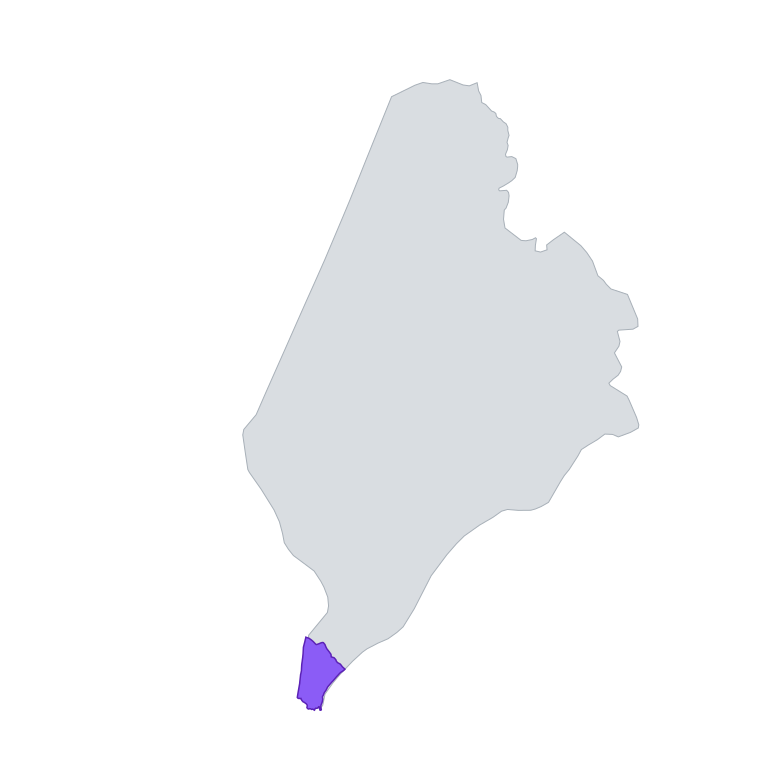 Al-Malikeyyeh, Hasaka (Al Haksa), Syria shown in context, rotated 145°
{"feature_id": "27442178B99216687489351", "entity_name": "Al-Malikeyyeh", "entity_type": "district", "adm_level": 2, "iso_a3": "SYR", "parent_name": "Syria", "parent_adm1": "Hasaka (Al Haksa)", "projection": "mercator", "projection_center": [42.113, 36.959], "detail": "fine", "context": "in_parent", "style": "filled", "palette": "violet", "viewbox_px": 768, "rotation_deg": 145, "n_neighbors": 0, "source": "geoboundaries", "source_scale": "gbopen_adm2", "svg_char_len": 4265}
<svg xmlns="http://www.w3.org/2000/svg" viewBox="0 0 768 768"><g transform="rotate(145 384 384)"><path d="M142.9,285.5L148.6,286.1L160.7,293.4L162.7,293.2L166.3,283.5L169.9,280.2L177.4,277.3L179.5,261.6L183.0,258.6L187.2,256.9L193.6,256.6L199.3,255.7L199.6,252.9L191.8,234.7L192.5,230.1L196.3,211.7L198.7,204.4L200.9,202.1L209.9,203.0L222.4,206.3L225.7,211.6L231.8,216.3L241.0,216.0L251.6,216.8L259.9,217.1L266.5,213.8L281.4,207.7L288.8,205.6L295.5,202.8L317.1,192.7L325.7,193.5L331.7,194.8L336.2,196.4L346.4,203.4L354.8,210.4L360.7,212.4L371.2,212.3L386.5,213.6L405.4,213.5L416.3,211.6L430.4,208.1L455.3,199.9L488.2,182.5L507.6,174.1L515.9,173.1L526.8,173.0L537.6,175.2L549.9,176.8L555.6,176.7L568.9,174.9L586.2,171.4L597.1,168.5L610.2,163.8L618.4,156.0L621.0,155.1L624.4,156.6L626.0,157.1L629.3,161.6L632.8,173.1L632.8,174.4L632.2,177.6L623.6,187.1L612.0,199.9L603.7,207.9L589.6,221.5L579.1,224.4L561.4,229.3L556.7,234.0L552.3,241.7L549.7,252.1L548.9,258.6L548.5,270.8L552.6,283.4L556.6,295.4L557.1,303.4L556.7,311.2L552.9,319.6L548.7,331.1L546.3,344.0L545.0,368.2L545.0,388.7L544.6,392.0L537.4,406.5L528.9,423.3L524.9,427.2L506.3,432.2L486.0,444.6L463.3,458.3L442.7,470.7L421.1,483.8L398.7,497.3L382.6,506.9L361.2,519.8L341.6,532.1L321.8,544.5L306.8,554.0L283.9,568.9L270.6,577.6L250.9,590.4L233.5,601.7L213.0,615.0L187.3,611.0L179.2,608.7L172.6,602.4L167.7,599.0L155.5,595.5L147.7,583.6L143.1,579.3L134.9,577.4L138.4,569.7L139.1,564.7L142.5,558.5L140.4,554.5L139.3,545.9L137.8,543.7L137.2,541.5L138.4,538.7L137.9,535.9L136.5,534.6L135.9,530.3L134.7,527.2L135.3,523.3L137.1,520.8L139.0,515.9L141.1,514.4L144.6,511.4L145.5,508.2L148.6,505.1L152.7,502.5L153.6,500.5L153.1,499.3L148.9,497.0L146.7,493.0L148.6,487.1L150.0,485.2L152.5,482.4L158.0,478.0L162.4,477.3L166.1,477.3L172.5,477.7L177.4,478.4L178.7,477.3L178.5,475.9L172.4,472.3L172.1,469.5L173.6,466.4L177.9,461.6L183.1,458.1L185.7,457.5L191.6,450.4L195.4,442.4L189.3,423.0L185.6,419.9L179.6,417.3L176.0,416.9L175.8,415.6L180.5,410.7L183.8,406.4L180.1,402.3L173.5,400.4L171.0,404.6L162.5,405.0L149.2,404.9L143.4,384.4L142.5,375.5L142.7,365.1L146.7,350.0L144.8,343.0L144.7,338.2L143.6,331.7L133.2,317.7L138.9,291.8L142.9,285.5Z" fill="#d9dde1" stroke="#a8b0b8" stroke-width="1"/><path d="M593.2,221.4L594.2,220.5L595.5,219.4L596.1,218.8L601.0,214.6L602.8,212.3L604.9,209.6L607.9,206.1L608.2,205.8L608.5,205.5L610.3,203.5L610.5,203.3L610.6,203.2L610.8,203.0L612.1,201.6L612.6,201.0L614.8,198.2L616.0,196.6L618.4,194.3L618.8,194.0L618.9,193.9L619.0,193.8L621.0,191.5L624.5,187.5L624.5,187.4L625.4,186.5L625.7,186.2L626.4,185.5L631.2,180.7L634.8,177.0L634.8,176.4L634.6,175.8L634.5,175.6L633.9,175.1L633.4,174.9L633.3,174.7L633.1,174.5L633.1,174.4L632.7,174.2L632.4,174.1L632.6,173.3L632.8,171.8L632.7,171.4L632.7,171.1L632.6,170.5L632.6,170.1L632.3,169.6L632.1,169.3L632.0,169.1L631.9,168.9L631.2,166.8L631.1,166.5L631.0,165.7L631.4,164.4L631.9,163.9L632.6,163.4L632.7,163.1L632.8,162.7L632.7,161.8L632.6,161.6L632.1,160.9L631.0,160.6L630.9,160.5L630.5,160.1L630.0,159.0L629.6,158.8L628.9,158.6L628.6,158.2L628.4,157.3L628.1,156.9L628.0,156.7L627.2,157.2L627.0,157.3L626.9,157.4L626.5,157.6L626.3,157.6L625.9,157.6L625.7,157.4L625.5,157.2L625.0,156.9L624.4,156.7L624.2,156.7L623.8,156.7L623.4,156.7L622.8,157.1L622.7,157.1L622.4,157.0L622.3,156.9L622.2,156.7L622.2,156.4L622.9,155.1L623.0,155.0L623.3,154.1L623.3,153.5L623.4,153.4L623.2,153.2L622.8,153.1L622.7,153.0L622.4,153.1L622.2,153.2L622.0,153.4L621.6,154.4L621.4,154.9L620.3,156.6L619.8,157.0L619.6,157.2L618.7,157.8L617.3,158.7L616.9,159.1L616.2,159.7L615.4,160.5L615.2,160.7L615.0,160.9L614.9,161.0L614.2,162.5L613.9,162.9L613.7,163.2L611.6,164.2L611.1,164.7L610.7,164.9L610.0,165.4L607.0,166.5L606.9,166.5L606.5,166.7L605.7,167.2L603.8,168.2L600.7,169.0L597.5,169.8L595.9,170.1L594.3,170.5L590.5,171.5L589.3,171.7L587.3,172.2L586.2,172.4L585.1,172.6L582.6,172.5L581.9,172.5L579.7,172.7L579.5,172.8L580.3,176.1L580.4,179.5L581.9,182.5L582.0,184.4L581.6,185.8L581.9,188.4L583.7,190.7L582.5,193.0L582.5,195.7L582.7,200.0L582.4,202.0L581.8,204.5L582.0,206.9L582.9,207.7L584.5,208.2L586.1,208.5L588.6,209.2L589.1,209.7L589.3,210.8L589.7,213.6L590.3,216.0L591.3,218.8L593.1,221.2L593.2,221.4Z" fill="#8b5cf6" stroke="#5b21b6" stroke-width="1.5"/></g></svg>